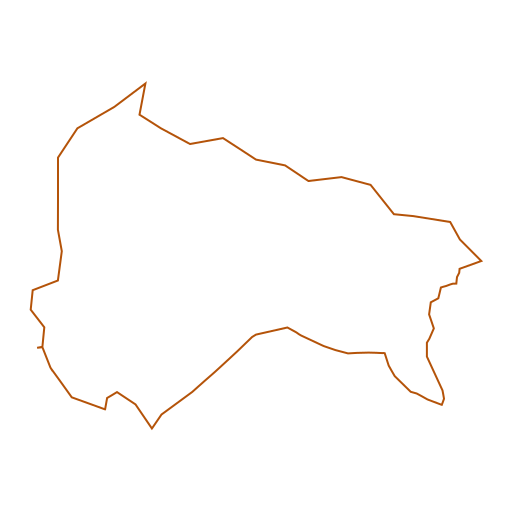 Lympia, Nicosia, Cyprus (orthographic projection)
{"feature_id": "46923920B77915362912232", "entity_name": "Lympia", "entity_type": "district", "adm_level": 2, "iso_a3": "CYP", "parent_name": "Cyprus", "parent_adm1": "Nicosia", "projection": "orthographic", "projection_center": [33.474, 34.986], "detail": "fine", "context": "isolated", "style": "outline", "palette": "amber", "viewbox_px": 512, "rotation_deg": 0, "n_neighbors": 0, "source": "geoboundaries", "source_scale": "gbopen_adm2", "svg_char_len": 1546}
<svg xmlns="http://www.w3.org/2000/svg" viewBox="0 0 512 512"><path d="M433.8,328.5L433.8,328.3L429.1,314.4L430.8,302.3L438.3,298.3L439.5,293.4L440.9,287.5L443.1,286.8L446.1,286.0L450.4,284.4L452.8,283.7L456.3,283.6L456.8,278.9L457.0,277.1L459.2,272.8L459.6,268.8L476.9,262.6L481.3,261.0L459.9,239.5L450.2,222.0L413.3,216.1L393.9,214.2L370.6,184.9L341.5,177.1L308.4,181.0L285.1,165.4L256.0,159.6L238.1,147.9L223.0,138.1L190.0,144.0L160.9,128.3L139.5,114.7L145.4,83.5L114.3,106.9L77.4,128.3L58.0,157.6L58.0,179.0L58.0,200.5L57.9,229.7L61.8,251.2L57.9,280.5L32.7,290.2L30.7,309.7L44.3,327.3L42.4,346.8L37.1,347.8L42.4,347.2L50.4,367.5L50.9,368.3L50.9,368.2L51.0,368.5L60.0,380.9L71.6,397.1L71.7,397.3L104.9,409.3L105.1,409.3L107.1,398.0L111.7,395.3L117.0,392.1L135.5,404.4L151.9,428.5L152.2,428.1L161.5,414.5L164.8,412.1L192.3,391.9L198.1,386.7L204.3,381.2L214.6,372.2L220.2,367.1L237.2,351.4L239.7,349.0L252.1,337.0L256.0,334.6L287.4,327.5L296.0,332.2L296.8,332.7L298.9,334.2L301.1,335.5L322.7,345.6L324.1,346.2L335.5,350.1L348.0,353.4L356.8,352.9L368.6,352.6L376.2,352.8L380.2,353.0L380.9,353.0L382.1,353.1L382.3,353.1L383.3,353.0L384.7,353.2L388.4,364.7L388.7,365.6L389.4,366.9L389.5,367.0L389.9,367.7L391.1,369.9L394.7,376.1L395.4,376.8L400.1,381.4L409.9,391.0L410.6,391.7L410.7,391.8L416.7,393.5L421.7,396.2L427.4,399.4L428.9,400.0L441.4,404.7L441.8,404.8L442.6,402.7L443.9,399.1L444.0,398.7L443.2,394.1L442.5,390.4L441.2,387.6L426.9,356.6L426.9,342.7L429.3,338.8L432.4,331.7L433.8,328.5Z" fill="none" stroke="#b45309" stroke-width="2"/></svg>